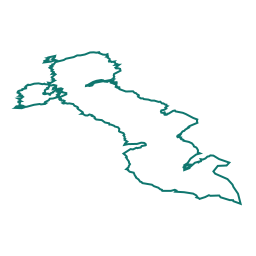 the district of Tingvoll nor, Møre og Romsdal, Norway
{"feature_id": "86288312B33492217014163", "entity_name": "Tingvoll nor", "entity_type": "district", "adm_level": 2, "iso_a3": "NOR", "parent_name": "Norway", "parent_adm1": "Møre og Romsdal", "projection": "equal_earth", "projection_center": [8.112, 62.946], "detail": "fine", "context": "isolated", "style": "outline", "palette": "teal", "viewbox_px": 256, "rotation_deg": 0, "n_neighbors": 0, "source": "geoboundaries", "source_scale": "gbopen_adm2", "svg_char_len": 5653}
<svg xmlns="http://www.w3.org/2000/svg" viewBox="0 0 256 256"><path d="M229.3,162.6L219.1,159.1L213.4,155.6L210.3,155.4L209.2,156.3L207.4,156.6L205.5,158.4L203.0,159.5L200.7,159.2L201.3,160.5L201.0,161.2L199.2,161.7L198.5,162.5L198.0,162.3L198.2,161.8L195.0,162.7L189.6,167.4L189.5,168.1L184.2,170.1L184.2,169.6L188.7,167.1L190.4,164.6L188.9,164.5L185.8,165.9L184.9,167.3L182.9,167.8L184.3,166.5L184.6,165.7L184.3,165.2L187.6,163.1L190.5,158.7L196.2,154.5L200.1,153.4L197.8,152.4L198.0,150.3L197.0,148.4L196.3,147.5L193.9,146.4L193.6,145.3L191.9,143.3L188.8,141.9L183.4,140.7L183.4,139.8L181.1,139.2L180.6,138.4L181.0,138.3L180.5,137.9L180.9,137.4L179.0,136.9L179.5,136.8L177.9,137.2L177.6,136.5L176.4,136.7L180.1,135.2L180.4,134.8L179.3,134.6L180.8,133.7L182.6,131.4L184.3,130.8L185.3,129.6L188.8,127.6L188.2,127.2L189.3,126.2L197.4,122.8L196.9,120.9L197.3,119.5L193.3,118.0L185.9,114.1L182.8,112.8L175.6,111.4L174.9,110.5L173.0,110.9L168.5,113.7L168.0,113.6L166.8,114.7L164.8,114.8L164.5,114.6L165.2,113.5L163.8,113.0L165.4,112.4L164.4,112.3L163.7,113.0L160.6,112.5L161.1,112.4L160.9,111.4L161.4,110.4L164.2,109.8L166.3,108.5L165.4,107.5L167.4,106.1L166.4,105.8L166.4,104.7L165.2,104.6L163.4,103.4L162.0,103.4L160.3,101.7L158.6,101.9L154.3,100.6L151.3,100.6L148.4,99.6L143.8,99.1L143.0,98.4L140.8,98.4L138.0,96.6L138.8,95.3L138.5,94.9L137.5,94.7L135.9,93.1L134.5,92.8L133.0,91.3L125.9,91.5L119.6,89.2L118.7,88.4L119.4,87.9L119.3,87.3L117.3,87.7L116.3,87.2L116.8,86.8L116.1,86.6L116.5,86.2L116.0,86.0L116.3,84.8L115.9,84.6L117.1,84.1L115.0,84.0L115.2,83.6L114.8,83.4L117.5,82.8L116.4,82.7L116.4,82.2L111.9,82.5L112.5,83.2L110.0,82.4L111.6,82.2L111.1,80.9L110.0,81.3L107.5,80.9L105.7,81.4L106.0,81.7L104.1,81.5L102.8,80.7L102.2,80.9L102.2,81.4L94.1,82.9L93.8,83.5L91.3,84.4L92.4,85.1L92.0,85.5L89.3,86.0L88.1,85.6L86.0,86.0L86.1,85.4L87.7,85.0L93.0,82.0L96.5,80.8L101.3,80.0L103.2,80.3L104.4,81.1L111.2,79.9L111.5,80.5L110.9,80.7L111.5,81.0L113.5,80.4L113.5,79.2L113.9,79.0L113.4,78.8L114.2,78.5L113.2,78.4L114.3,76.7L113.7,75.6L114.1,74.0L120.5,70.7L120.1,68.9L118.5,68.3L116.1,68.4L115.4,67.7L119.1,64.8L115.1,64.9L116.2,64.0L115.5,63.9L115.2,62.8L114.0,62.1L114.5,61.5L111.4,62.0L110.8,61.3L109.1,61.6L108.9,61.1L109.7,60.0L109.6,58.9L107.6,57.6L107.9,56.6L106.7,56.6L107.6,55.7L107.5,54.2L105.9,54.8L103.0,54.6L98.8,53.0L99.5,52.7L99.2,52.2L96.4,52.7L93.7,52.3L90.0,52.5L84.9,54.5L80.3,55.4L77.2,55.4L73.7,57.1L66.0,58.7L63.8,60.0L55.4,62.1L54.0,64.0L52.6,64.4L53.0,64.9L50.7,66.0L52.0,66.7L50.1,67.6L50.7,67.9L50.2,68.1L52.6,69.6L51.7,70.2L52.0,70.6L51.6,71.0L53.9,72.1L53.8,72.8L52.4,73.4L52.0,73.9L54.5,73.6L55.5,74.3L51.7,77.3L52.4,78.3L53.8,78.9L53.9,79.4L52.8,79.9L54.7,80.5L50.5,83.0L48.3,82.7L49.0,83.9L48.1,84.3L51.2,85.5L53.5,84.9L56.3,85.6L56.1,86.6L53.4,87.7L52.9,89.1L56.2,88.1L56.5,89.2L59.1,90.0L59.0,90.8L59.7,91.0L60.9,90.0L60.8,89.1L58.9,88.9L58.8,88.7L61.0,88.3L62.4,88.9L61.1,90.8L62.5,91.9L62.1,92.2L66.3,93.1L66.3,94.3L58.7,97.7L60.5,98.6L59.5,99.5L59.9,99.9L61.3,99.7L61.6,100.6L63.4,100.4L64.6,101.0L63.5,102.5L62.5,103.0L63.3,103.5L65.9,103.1L67.2,103.6L69.4,103.4L73.3,104.1L74.4,105.7L77.5,107.0L78.0,107.7L77.5,108.4L77.9,108.9L82.7,112.2L82.9,112.9L81.5,113.8L82.6,113.8L85.3,115.4L87.6,115.5L89.4,114.5L92.1,115.2L92.4,115.4L92.0,116.0L94.4,116.8L95.0,118.0L94.7,118.4L96.2,119.5L101.8,120.1L105.0,122.5L109.1,123.3L109.4,124.6L110.7,124.5L114.0,125.7L114.8,126.5L118.0,127.3L119.3,128.9L119.0,131.2L119.5,131.7L123.5,133.2L124.3,134.6L123.5,135.4L124.7,136.8L124.4,138.4L125.2,138.8L124.6,139.9L127.3,141.6L125.0,143.5L124.3,144.9L128.2,144.1L137.1,143.9L141.2,142.7L144.1,142.9L145.5,143.8L145.9,145.0L145.6,145.3L141.6,146.1L140.7,147.5L137.8,148.0L138.1,148.3L136.4,147.8L133.0,149.4L130.5,149.1L123.5,153.6L126.4,156.1L126.7,156.7L126.1,157.5L126.8,157.8L126.8,158.6L128.9,161.5L129.0,162.8L130.0,164.1L128.8,166.0L128.7,167.0L126.3,169.2L128.1,169.6L128.0,170.2L129.6,171.7L133.7,172.7L134.9,175.6L135.9,176.7L135.9,177.5L138.5,179.4L140.2,181.7L141.5,182.0L142.4,183.1L151.9,184.7L154.0,186.2L158.3,187.7L160.3,189.3L161.9,189.8L162.0,190.6L162.6,190.9L170.8,190.9L174.8,189.8L176.3,190.5L175.3,191.7L184.0,192.2L193.1,193.6L196.3,195.4L197.2,196.7L196.5,197.4L198.7,198.1L199.5,198.9L205.1,197.1L208.9,195.2L210.4,195.8L219.2,195.5L220.6,197.3L229.7,200.1L233.1,200.2L233.4,201.2L240.6,203.8L238.0,193.7L233.4,186.9L232.5,184.6L227.5,179.1L215.2,173.7L213.4,171.4L217.8,165.9L226.6,165.5L229.3,162.6ZM38.6,83.4L34.2,83.7L30.0,85.0L28.0,84.7L27.7,84.9L28.2,85.1L26.6,85.7L25.9,86.2L26.1,87.0L25.1,87.3L25.8,88.4L22.3,89.2L22.3,90.0L19.3,90.7L18.5,91.1L18.6,91.7L17.7,91.7L17.2,92.0L18.2,91.9L17.9,92.4L18.5,92.7L18.1,92.9L20.2,93.9L19.7,94.8L20.9,95.2L19.6,95.9L22.1,96.0L23.0,96.8L21.7,97.5L21.5,98.2L18.1,98.5L20.1,99.5L19.6,100.4L21.1,101.2L18.4,101.6L18.4,102.2L20.0,102.7L19.4,105.0L24.2,106.1L16.4,106.3L15.5,107.2L16.0,107.6L15.4,107.9L21.7,108.2L24.8,107.2L25.2,107.0L24.9,106.7L26.6,106.8L34.0,104.8L39.7,104.0L40.9,104.4L45.2,103.9L45.6,103.6L44.3,103.6L45.0,102.1L48.7,100.3L49.8,98.7L53.0,98.5L56.1,97.6L56.8,97.3L56.7,96.7L57.7,96.5L57.1,96.3L57.6,95.6L59.7,95.1L57.4,94.5L58.3,93.7L59.8,93.7L60.3,92.8L57.3,91.8L57.7,91.5L57.5,90.5L55.9,90.2L53.2,91.7L53.2,92.4L51.0,93.1L50.0,94.8L49.4,94.7L48.8,93.7L47.3,93.6L44.9,94.2L44.3,94.1L44.7,93.5L42.5,93.7L45.0,92.3L44.8,90.4L45.5,89.6L48.0,88.7L47.4,87.8L48.5,87.5L49.6,85.8L48.0,84.4L45.0,84.2L44.5,83.7L42.6,84.2L38.6,83.4ZM54.8,56.0L47.5,57.6L48.8,57.7L47.0,58.1L48.5,58.9L46.3,60.1L46.9,60.3L44.3,61.1L44.6,61.9L44.2,62.4L50.8,61.6L55.5,60.1L52.4,59.1L54.7,57.3L54.9,56.9L54.4,56.7L54.8,56.0Z" fill="none" stroke="#0f766e" stroke-width="2"/></svg>